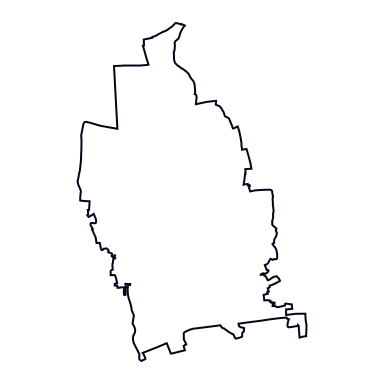 Victoria, Brasov, Romania
{"feature_id": "2599482B67973869892662", "entity_name": "Victoria", "entity_type": "district", "adm_level": 2, "iso_a3": "ROU", "parent_name": "Romania", "parent_adm1": "Brasov", "projection": "orthographic", "projection_center": [24.701, 45.731], "detail": "fine", "context": "isolated", "style": "outline", "palette": "ink", "viewbox_px": 384, "rotation_deg": 0, "n_neighbors": 0, "source": "geoboundaries", "source_scale": "gbopen_adm2", "svg_char_len": 5291}
<svg xmlns="http://www.w3.org/2000/svg" viewBox="0 0 384 384"><path d="M177.9,23.4L175.5,23.0L172.1,26.5L166.4,30.5L162.5,32.1L157.7,34.6L156.3,35.6L152.2,37.1L152.3,37.8L143.8,39.5L144.0,45.4L142.9,45.7L144.1,49.8L146.4,58.0L148.1,63.4L148.4,64.8L140.8,65.5L125.4,65.5L114.0,66.1L117.4,128.8L100.4,125.8L90.6,122.9L85.9,121.8L84.6,122.1L83.4,124.1L82.4,129.0L81.2,135.3L81.5,140.9L81.4,148.4L80.9,161.2L79.9,170.4L79.1,173.5L78.3,178.3L77.5,181.6L78.5,185.3L79.9,188.3L80.9,191.1L80.6,193.5L80.2,197.3L80.2,200.5L84.4,201.1L89.5,201.2L89.6,202.4L89.0,210.0L87.9,210.0L88.2,214.1L87.3,215.1L88.5,216.9L90.0,216.2L92.5,214.8L93.7,213.8L95.9,219.2L96.2,221.0L95.9,222.6L95.6,223.1L94.4,223.3L92.9,223.0L91.7,222.8L91.0,223.1L90.5,223.7L90.5,224.8L91.4,226.7L92.8,229.0L92.0,229.3L94.5,234.9L95.7,237.5L96.1,240.4L96.5,243.0L99.8,242.9L100.7,247.8L101.5,250.0L102.5,250.0L103.1,249.5L103.5,248.8L104.6,248.7L106.4,248.4L107.1,248.8L108.5,250.1L108.7,250.7L108.4,251.5L108.1,252.0L108.5,252.5L109.9,252.8L111.1,253.1L112.0,253.6L112.0,254.7L111.6,255.6L111.7,256.2L112.2,256.6L112.6,256.6L113.1,256.5L113.7,256.1L114.5,255.1L115.1,255.4L114.5,256.3L114.6,257.0L115.3,257.8L114.9,258.5L113.8,257.8L113.4,258.1L113.2,259.7L112.8,263.3L112.5,263.8L112.4,265.4L112.6,268.4L112.7,269.7L111.5,270.1L110.8,270.7L110.6,271.4L110.7,273.9L110.6,275.1L114.9,275.1L115.4,276.5L116.1,278.3L116.4,279.7L116.9,282.1L117.2,283.3L114.8,283.8L114.8,285.6L116.0,285.6L116.9,285.9L117.5,286.0L117.5,287.8L118.6,287.8L119.8,287.7L121.1,287.4L122.2,287.3L124.3,287.4L123.8,292.3L124.0,294.6L124.4,295.0L125.1,295.0L125.5,294.7L125.3,289.9L125.4,289.1L125.7,287.9L125.8,287.4L125.4,283.9L130.2,284.1L130.1,285.0L128.1,284.9L127.8,286.9L127.6,290.6L127.9,294.5L128.6,298.1L130.0,302.2L131.0,305.7L131.5,308.4L131.6,310.0L133.0,313.5L133.4,314.3L133.8,315.1L133.9,316.0L133.5,317.7L133.1,320.2L132.9,321.4L132.6,323.2L132.8,324.0L133.9,325.9L134.6,327.5L135.0,329.1L135.2,330.6L134.9,332.4L134.3,334.0L133.5,335.2L133.0,337.1L132.9,338.9L133.4,341.8L134.0,343.6L135.0,345.5L137.7,350.8L139.0,353.3L139.4,354.3L139.2,358.4L139.3,359.0L139.6,359.5L140.6,360.4L141.4,361.0L145.4,359.0L145.2,357.7L144.1,355.3L143.2,353.6L142.7,352.9L149.9,350.1L157.4,347.1L166.7,343.2L170.9,353.6L172.3,353.4L184.9,350.3L183.6,346.0L186.3,344.2L183.9,339.6L183.8,337.5L183.8,336.2L183.7,333.3L184.6,332.1L189.2,329.9L193.2,328.7L201.7,327.7L211.8,326.4L220.4,325.3L221.6,327.1L222.2,327.8L222.7,328.2L224.0,328.4L225.1,329.3L228.6,331.8L230.5,333.0L231.6,333.6L233.4,334.3L233.7,335.3L234.4,336.3L234.7,337.0L234.8,337.8L235.4,338.3L236.1,338.6L237.5,338.2L239.7,337.7L242.1,336.7L242.3,332.8L243.9,331.4L244.1,328.3L244.0,328.0L242.4,327.6L240.6,327.2L239.0,326.2L238.5,323.7L247.0,322.5L258.9,321.0L271.0,319.2L279.2,318.2L286.6,317.6L287.2,318.9L288.9,319.2L288.3,320.7L287.7,323.2L287.5,324.7L287.4,326.0L287.7,326.5L288.1,327.1L288.9,327.3L291.2,327.0L298.0,325.9L298.0,325.2L298.7,325.8L299.2,333.3L299.6,337.6L302.0,336.9L304.8,336.3L306.1,336.2L306.4,329.3L306.5,325.0L306.1,322.7L305.8,321.3L305.5,317.5L305.3,313.7L295.5,313.8L286.1,315.0L286.1,309.4L292.2,308.9L291.8,304.4L285.7,303.6L285.0,304.0L285.0,305.5L278.5,307.1L276.9,307.1L275.2,306.0L272.6,306.1L272.6,305.4L272.9,305.2L272.8,304.0L274.6,303.8L274.4,302.5L271.3,302.7L271.3,301.5L269.8,301.5L269.7,300.4L266.4,300.2L264.3,300.4L263.6,294.8L267.8,293.8L267.2,292.1L268.8,291.6L267.7,288.3L269.7,287.3L269.5,285.7L271.9,285.0L274.2,284.0L277.8,282.2L280.0,280.8L279.1,278.9L276.6,276.2L273.4,277.0L271.1,278.4L270.2,279.3L268.9,279.9L267.9,280.3L267.6,280.0L265.8,276.5L264.4,275.6L263.2,274.8L262.1,274.6L260.8,274.8L260.9,274.3L263.1,273.3L265.0,273.8L266.3,273.2L268.2,271.7L268.5,270.9L268.5,270.3L268.0,269.9L267.2,269.8L266.7,269.9L265.2,266.2L264.8,265.0L266.7,264.3L268.1,263.1L269.6,260.2L270.6,258.8L272.6,259.9L274.4,259.0L275.4,259.3L276.8,258.9L277.2,258.1L277.2,253.8L276.1,249.1L275.1,247.5L272.7,244.5L272.5,243.8L274.2,242.7L274.1,240.6L274.5,239.0L276.2,236.3L276.9,232.9L275.8,230.6L276.4,228.6L275.4,227.7L273.4,226.0L272.2,224.7L272.3,223.3L272.4,222.7L272.0,222.2L272.4,220.5L273.1,217.5L273.1,213.0L273.6,211.8L273.4,208.4L272.8,204.6L272.9,202.6L272.6,199.4L272.7,197.6L273.1,196.8L273.0,196.1L272.7,195.8L272.6,194.6L272.2,192.5L272.0,190.8L270.9,189.9L269.6,189.7L264.5,189.8L260.3,190.0L255.1,190.4L250.2,191.4L248.6,186.4L249.9,186.0L249.5,185.0L248.0,185.3L247.7,183.9L243.6,184.7L244.3,180.6L245.1,173.8L245.5,173.7L245.4,171.2L245.3,169.1L251.4,168.7L250.3,162.6L248.6,156.2L246.5,149.0L242.0,149.7L241.4,144.5L241.5,143.6L240.7,138.3L239.5,132.3L237.8,126.5L236.1,127.1L234.3,128.2L232.9,128.4L231.5,124.5L228.9,118.3L227.3,117.4L226.2,117.0L224.9,116.1L224.6,115.2L223.6,112.1L220.6,107.2L219.4,106.1L218.6,105.7L217.3,105.4L215.8,104.7L216.1,100.8L206.7,101.9L195.9,104.2L196.6,97.0L196.4,95.5L195.7,94.4L194.7,94.0L195.2,91.8L194.7,85.5L194.2,83.0L193.3,81.0L190.8,78.1L188.7,74.0L186.9,72.1L183.9,69.7L180.9,67.9L177.3,65.2L175.5,63.5L174.8,62.2L174.3,60.6L174.0,58.8L174.0,56.6L173.8,51.9L174.4,50.9L174.6,49.4L174.9,45.9L174.8,44.2L174.6,42.9L175.1,41.6L175.7,41.0L177.4,39.5L178.6,38.4L179.2,36.8L180.0,33.8L180.7,32.0L182.7,28.3L184.8,25.5L181.6,24.1L181.4,24.5L177.9,23.4Z" fill="none" stroke="#020617" stroke-width="2"/></svg>